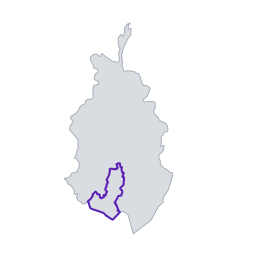 location of Farah within Afghanistan, rotated 304°
{"feature_id": "AFG-1749", "entity_name": "Farah", "entity_type": "Province", "adm_level": 1, "iso_a3": "AFG", "parent_name": "Afghanistan", "parent_adm1": "", "projection": "albers", "projection_center": [62.843, 32.453], "detail": "fine", "context": "in_parent", "style": "outline", "palette": "violet", "viewbox_px": 256, "rotation_deg": 304, "n_neighbors": 0, "source": "natural_earth", "source_scale": "10m", "svg_char_len": 7713}
<svg xmlns="http://www.w3.org/2000/svg" viewBox="0 0 256 256"><g transform="rotate(304 128 128)"><path d="M113.9,77.0L118.2,76.4L121.1,76.9L122.7,78.3L124.3,78.7L125.7,77.9L126.6,77.7L127.0,78.1L127.7,78.3L128.9,78.2L129.5,78.6L129.7,79.5L130.6,80.6L132.2,81.9L133.5,82.2L135.3,81.0L135.9,81.1L136.1,80.7L136.3,79.9L137.3,79.1L139.2,78.3L140.3,77.7L140.6,77.1L141.3,76.9L142.0,77.1L142.5,76.8L142.8,76.1L143.5,75.8L144.1,75.9L146.9,78.3L148.0,79.0L148.5,78.8L149.7,77.4L149.8,76.1L149.4,74.5L149.5,73.1L150.4,72.1L151.9,71.3L154.3,71.0L155.7,71.0L156.3,71.5L157.0,71.7L158.0,71.7L158.8,71.1L159.4,69.8L159.4,68.2L158.6,66.5L158.7,65.9L159.8,64.9L161.0,63.4L162.1,61.6L163.1,59.3L164.4,57.9L166.1,57.3L168.2,57.7L170.8,59.2L171.9,61.2L171.5,63.7L171.5,65.0L172.1,65.2L174.8,64.5L175.2,64.8L175.2,65.5L174.9,66.6L174.7,69.6L174.4,76.8L175.9,81.0L176.8,82.6L177.7,83.1L178.6,83.2L179.4,83.0L181.0,81.8L183.4,79.5L185.8,78.1L189.4,77.0L190.4,74.8L191.9,73.2L195.5,70.7L197.5,69.6L198.7,69.4L201.7,69.9L201.9,70.5L201.8,71.2L201.0,71.9L200.8,72.4L201.2,72.7L202.3,72.7L207.2,70.7L208.2,69.3L209.3,69.1L211.5,69.4L213.1,69.1L214.0,69.5L216.2,71.2L215.5,71.4L214.6,71.1L214.1,70.5L212.1,71.6L210.0,73.0L210.1,73.3L212.3,74.8L208.3,77.2L206.5,78.5L206.0,78.5L203.1,77.8L195.2,78.9L189.2,80.1L187.0,81.3L184.8,81.9L183.7,82.6L183.1,83.6L179.9,86.2L179.4,87.0L177.5,87.1L175.8,89.4L173.1,92.3L172.6,93.5L173.1,94.1L174.7,94.9L175.4,95.8L176.7,98.2L177.3,99.9L178.0,100.6L178.5,102.7L178.0,104.0L178.0,104.6L179.1,106.1L178.9,106.6L178.2,107.4L177.3,109.6L175.4,111.2L174.6,112.6L173.4,114.2L172.9,115.5L172.3,116.3L171.7,116.7L171.9,117.3L172.5,118.1L173.5,119.0L173.7,122.8L173.3,123.9L170.8,125.1L168.4,125.7L165.4,126.0L164.3,125.9L160.0,124.8L158.7,125.6L158.6,127.3L161.1,129.8L162.2,131.3L163.5,133.7L164.4,134.9L164.2,136.2L160.0,139.2L157.3,139.6L155.6,140.2L154.8,140.9L154.3,143.8L153.8,144.9L153.9,146.1L153.4,147.6L152.5,148.5L152.0,150.0L152.9,157.6L150.6,160.7L149.2,161.9L147.9,162.5L146.8,162.4L145.2,160.7L144.2,160.1L143.2,160.3L142.3,161.0L140.7,160.8L139.3,160.3L138.6,160.4L138.2,161.0L136.8,162.4L133.3,164.5L131.9,164.8L131.2,165.3L131.5,166.1L132.2,166.7L133.4,167.1L133.4,167.7L131.6,168.7L129.8,169.5L127.7,169.8L125.4,169.5L124.2,168.7L122.9,168.7L121.7,169.4L120.4,170.5L118.8,173.2L116.2,174.9L115.6,176.6L114.9,179.6L115.3,184.0L115.1,185.9L114.5,187.2L114.7,188.2L115.6,189.3L115.3,190.1L114.5,190.9L113.8,191.4L99.6,196.0L97.3,196.1L96.1,196.0L92.0,196.0L90.3,196.4L88.6,197.0L87.4,197.7L86.4,198.7L84.7,198.2L79.4,197.2L64.9,198.6L63.5,198.3L43.3,191.5L55.9,176.8L56.2,175.6L56.3,173.2L55.6,169.9L54.3,168.4L43.5,166.6L43.1,164.0L43.3,162.9L43.1,160.7L43.2,159.1L43.7,156.3L43.8,155.1L40.6,142.7L40.6,141.5L42.7,138.7L45.3,136.0L45.1,135.4L43.9,135.1L41.9,135.0L40.9,134.6L40.1,133.8L39.8,132.7L40.4,130.7L40.0,126.9L42.0,123.7L45.1,123.5L43.6,121.1L43.3,120.9L43.1,120.5L43.3,120.1L44.1,119.9L46.0,118.5L46.1,117.6L47.7,115.4L47.6,114.4L48.6,111.8L48.1,110.0L48.0,109.1L49.1,108.5L49.9,106.0L50.3,105.4L50.3,104.8L50.1,103.8L51.1,103.7L52.1,105.0L53.6,106.3L54.5,106.7L55.8,106.9L58.5,106.5L59.1,106.6L61.9,109.0L62.4,109.6L62.6,110.5L63.1,110.8L64.0,109.9L65.0,109.6L66.8,109.8L67.8,109.5L72.4,106.6L72.7,104.8L73.2,103.7L73.8,103.1L73.0,100.9L73.3,100.5L73.9,100.3L75.4,100.3L82.3,97.9L84.1,97.9L84.5,97.7L84.7,97.1L85.1,96.4L88.4,94.6L90.3,92.8L90.9,91.5L93.8,80.8L95.4,79.8L97.1,79.1L102.8,78.7L103.7,75.4L104.2,74.6L105.2,73.9L109.4,76.1L113.9,77.0Z" fill="#d9dde1" stroke="#a8b0b8" stroke-width="1"/><path d="M53.6,168.3L43.9,166.8L43.5,166.6L43.3,165.1L43.2,164.4L43.1,164.0L43.3,162.9L43.2,161.5L43.2,160.8L43.3,159.8L43.3,159.5L43.1,159.2L43.2,158.7L43.0,158.4L43.1,158.2L43.5,157.8L43.5,157.5L43.7,156.3L43.8,155.1L42.9,151.3L40.8,143.7L40.6,142.7L40.6,141.5L40.7,141.3L43.2,138.0L43.6,137.7L44.0,137.5L44.1,137.3L44.2,137.0L44.2,136.7L44.2,136.2L44.4,136.1L45.0,136.1L45.3,135.8L46.0,135.9L46.7,136.3L48.4,136.7L49.3,136.8L51.1,136.6L51.3,136.6L51.5,136.6L51.9,136.8L52.0,136.8L52.4,136.6L52.5,136.5L52.7,136.4L52.8,136.1L53.0,136.0L53.3,135.9L53.9,135.9L54.5,136.1L54.7,136.3L54.9,136.3L55.3,136.3L56.2,136.4L57.1,136.6L57.2,136.8L57.2,137.0L56.9,137.4L56.9,137.5L56.8,138.4L56.7,138.6L56.4,138.9L56.3,139.1L56.2,139.1L56.1,139.3L55.9,139.5L55.9,139.8L56.4,140.3L57.0,141.3L56.9,141.6L56.5,141.9L56.4,142.0L56.2,142.3L55.7,142.7L55.6,142.8L55.4,143.2L55.2,143.3L55.0,143.5L54.9,143.5L54.8,143.8L54.7,144.3L54.7,144.9L54.7,145.1L54.8,145.3L55.0,145.4L55.1,145.5L55.9,145.5L56.0,145.6L56.3,146.0L56.8,146.4L57.0,146.6L57.4,146.5L57.8,145.9L58.5,145.5L58.7,145.4L58.9,145.4L59.0,145.5L59.0,145.9L59.0,146.1L59.1,146.3L59.1,146.5L59.2,146.8L59.3,146.9L59.4,147.1L59.5,147.1L59.9,147.1L60.2,147.0L60.6,146.6L60.9,146.5L61.2,146.4L62.3,146.3L62.8,146.2L63.1,146.2L63.3,146.3L63.5,146.2L63.4,145.9L63.8,145.1L63.8,144.8L63.8,144.6L63.8,144.4L63.9,144.1L64.0,143.9L64.6,143.5L64.9,143.2L65.5,143.0L65.6,142.9L65.8,142.9L65.9,143.0L66.3,143.1L66.6,143.2L67.2,143.0L67.7,142.9L67.9,142.8L68.1,142.6L68.2,142.4L68.3,142.1L68.9,142.1L69.1,142.0L69.3,142.0L70.4,141.6L70.7,141.6L70.7,141.8L70.8,141.9L71.9,141.5L72.3,141.2L72.4,140.8L72.4,140.5L72.7,139.9L72.8,139.6L72.9,139.4L73.0,139.3L73.3,139.2L73.5,139.0L73.9,139.2L74.4,139.2L74.5,139.2L75.5,138.9L78.1,138.7L78.8,138.6L79.3,138.4L79.7,138.0L80.0,137.8L80.4,137.7L80.9,137.5L81.8,137.4L82.0,137.4L82.2,137.2L82.4,136.9L82.6,136.6L82.8,136.4L83.0,136.2L83.6,136.0L83.9,135.9L84.4,136.2L84.6,136.4L85.3,137.5L85.7,138.5L85.8,138.6L85.8,138.8L85.8,139.1L85.8,139.3L85.8,139.5L86.1,139.7L86.3,139.7L86.4,139.8L86.5,140.0L86.8,140.2L86.9,140.4L87.2,141.1L87.3,141.3L87.7,141.3L87.7,141.2L87.8,141.3L88.1,141.6L88.7,141.9L88.8,141.9L88.9,141.7L89.0,141.7L89.5,141.6L89.6,141.4L89.3,141.1L89.4,140.9L89.8,140.8L90.0,140.7L90.3,140.5L90.4,140.4L90.5,140.2L90.9,139.8L91.1,139.0L91.3,138.8L91.5,138.8L91.8,138.9L91.8,139.0L92.0,139.2L92.1,139.3L92.3,139.4L92.5,139.4L92.9,139.4L93.1,139.4L93.2,139.5L93.3,139.9L93.7,140.2L93.9,140.4L93.9,140.5L93.5,140.9L93.4,141.0L93.4,141.3L93.4,141.5L93.6,141.6L92.5,142.5L92.4,142.7L92.3,142.8L92.2,143.0L91.9,143.2L91.8,143.4L91.7,143.5L91.8,143.7L91.8,143.8L91.8,144.0L91.6,144.2L91.5,144.5L91.4,144.6L91.5,144.7L91.8,144.8L91.9,145.0L90.1,145.8L89.8,145.9L89.7,145.9L89.6,146.0L89.3,146.4L89.1,146.6L88.9,146.9L88.9,147.0L88.8,147.3L88.7,147.4L88.2,147.8L88.0,148.0L87.9,148.3L87.8,148.5L88.1,148.6L88.4,148.8L88.3,149.1L88.4,149.4L88.2,149.5L87.4,150.0L87.0,150.2L86.9,150.3L86.2,150.3L85.3,150.5L85.2,150.5L85.0,150.4L84.9,150.3L84.6,150.5L84.5,150.9L84.6,151.2L84.6,151.3L84.8,151.5L84.9,151.9L84.9,152.1L84.8,152.3L84.6,152.3L84.4,152.5L84.2,152.6L84.1,152.9L83.9,153.0L83.8,152.9L83.7,152.8L82.7,153.6L82.5,153.8L82.5,154.0L82.4,154.1L82.2,154.2L81.8,154.1L81.7,154.1L81.1,154.2L81.0,154.3L80.3,155.0L80.1,155.1L79.9,155.3L78.9,155.8L78.6,156.0L78.3,156.1L75.9,155.5L74.6,155.4L74.0,155.2L73.8,155.3L73.7,155.3L73.3,155.7L73.2,155.9L73.1,156.0L73.0,156.4L72.9,156.6L72.9,157.7L72.9,157.9L72.8,158.1L72.7,158.2L72.6,158.4L72.4,158.6L72.2,158.8L71.7,159.2L71.5,159.3L70.8,159.5L70.1,159.5L68.8,159.9L68.4,160.2L68.1,160.0L66.6,158.3L66.4,158.1L66.2,158.1L65.8,158.0L65.6,158.0L65.4,158.0L63.9,158.4L58.6,158.7L58.5,158.9L58.5,159.0L58.6,159.4L58.6,159.8L58.6,160.0L58.4,160.2L57.6,160.6L57.4,160.8L57.3,161.0L57.4,161.5L57.5,161.8L57.4,162.0L57.2,162.4L56.8,162.8L56.6,163.0L56.2,163.4L55.6,164.5L55.2,165.0L54.9,165.2L54.6,165.1L54.4,165.2L54.4,165.3L54.4,165.6L54.4,165.8L54.5,165.9L54.6,166.1L54.5,166.3L54.3,166.6L54.2,166.6L53.9,166.5L53.7,166.4L53.7,166.6L53.7,166.9L53.8,167.0L54.0,167.1L53.9,167.4L53.9,167.6L53.9,167.8L53.6,168.3Z" fill="none" stroke="#5b21b6" stroke-width="2"/></g></svg>